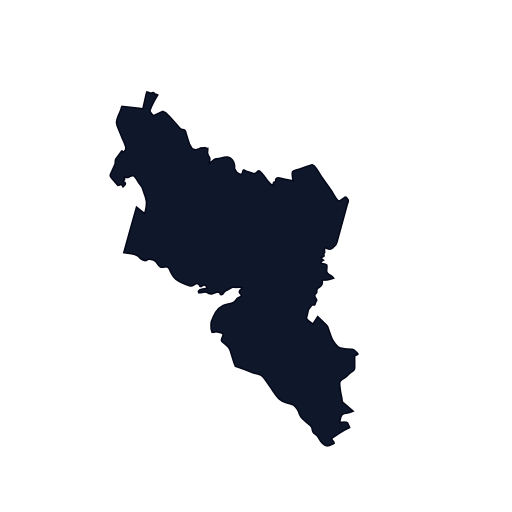 map outline of Nuevo León (orthographic projection), rotated 326°
{"feature_id": "MEX-2714", "entity_name": "Nuevo León", "entity_type": "State", "adm_level": 1, "iso_a3": "MEX", "parent_name": "Mexico", "parent_adm1": "", "projection": "orthographic", "projection_center": [-99.943, 25.492], "detail": "fine", "context": "isolated", "style": "filled", "palette": "ink", "viewbox_px": 512, "rotation_deg": 326, "n_neighbors": 0, "source": "natural_earth", "source_scale": "10m", "svg_char_len": 6120}
<svg xmlns="http://www.w3.org/2000/svg" viewBox="0 0 512 512"><g transform="rotate(326 256 256)"><path d="M257.2,58.9L258.1,59.7L258.8,60.9L259.7,62.0L260.4,62.4L261.8,62.8L262.3,63.1L262.7,63.9L262.8,64.9L263.1,65.8L263.7,66.1L264.6,67.6L260.5,69.5L256.7,71.5L252.9,73.7L249.4,76.1L249.0,77.3L249.0,79.4L249.3,81.4L249.9,82.4L259.5,83.9L261.2,86.6L262.4,92.4L263.8,102.8L264.2,106.3L264.6,108.3L265.2,109.5L266.9,111.0L267.4,112.3L267.1,113.9L265.0,120.5L263.4,126.2L263.1,131.4L265.5,134.5L266.4,134.5L266.9,134.7L268.0,135.1L271.0,135.6L271.8,136.3L273.6,137.2L274.5,137.8L274.9,138.4L275.1,139.0L275.4,139.5L276.2,139.8L275.2,141.3L273.9,142.8L273.0,144.5L272.7,146.4L272.6,148.7L271.8,150.1L270.7,151.3L269.3,152.9L272.4,152.9L275.6,152.6L276.6,152.8L277.7,153.3L279.9,154.5L285.3,156.5L287.8,158.0L289.5,160.3L290.1,162.8L290.1,165.2L289.5,167.6L288.4,169.8L287.4,171.1L287.1,171.8L287.0,173.0L286.9,174.7L287.0,176.1L287.4,177.4L288.2,178.8L289.5,180.4L291.3,179.4L293.0,177.9L294.1,177.8L295.3,180.1L296.0,181.1L296.8,182.0L300.2,186.4L301.3,187.0L302.5,187.1L304.9,186.7L306.0,186.9L306.5,187.7L307.1,190.3L307.5,194.3L307.7,199.7L308.3,204.6L309.8,207.0L310.2,206.5L311.1,205.3L311.6,204.9L312.2,204.8L313.3,205.2L313.9,205.1L314.3,204.8L315.0,203.7L315.5,203.3L317.2,203.1L318.5,203.8L319.7,205.0L322.8,208.4L324.8,210.4L328.8,214.3L330.8,210.1L332.1,207.9L333.3,206.6L334.8,206.5L337.0,207.0L340.9,208.3L345.7,209.5L353.6,211.7L354.7,214.0L355.0,218.5L354.7,226.5L355.1,244.2L354.7,250.8L354.7,254.5L355.3,256.7L356.4,257.1L358.3,257.1L361.6,257.0L362.8,257.0L363.4,257.4L363.7,258.1L363.8,261.2L362.9,262.5L360.3,264.5L331.0,289.7L329.5,290.8L328.0,291.5L326.1,291.8L324.2,292.2L322.2,292.1L320.5,291.4L319.2,289.7L318.0,288.0L317.0,288.2L316.0,289.6L314.9,291.5L313.6,291.9L313.0,293.0L312.4,294.1L310.9,294.1L309.3,293.9L308.9,294.6L309.1,295.8L309.6,297.2L308.4,297.1L307.0,297.2L306.0,297.8L306.2,298.8L308.2,300.8L309.2,302.1L309.6,303.0L309.2,304.0L308.4,305.2L306.7,307.2L305.7,308.9L305.8,310.9L306.5,312.8L307.4,314.7L307.8,316.2L308.0,317.8L306.1,317.3L304.0,316.6L301.9,315.8L300.2,314.9L298.7,313.8L297.8,313.4L297.0,313.9L296.0,315.3L295.3,316.1L294.5,316.6L293.7,316.9L292.7,317.2L290.9,317.4L289.5,317.3L288.3,317.6L287.0,318.7L286.7,319.1L286.5,319.6L286.2,320.0L285.5,320.4L285.0,320.6L283.8,320.7L283.3,321.0L282.4,322.0L282.0,323.0L281.9,325.7L281.6,326.7L281.2,327.0L280.5,327.2L279.7,327.6L278.5,328.7L277.9,329.1L277.2,329.3L276.6,329.1L275.4,328.1L274.8,328.0L271.5,329.1L269.8,329.7L268.5,330.7L267.2,332.0L265.8,333.3L263.0,335.8L263.0,337.5L263.6,339.8L265.2,344.2L273.3,340.7L275.7,352.1L275.9,353.7L275.8,355.2L274.7,359.2L273.0,365.9L272.6,368.9L272.6,373.1L273.2,377.1L274.5,379.4L278.2,383.0L279.6,384.1L282.5,386.3L283.8,387.3L284.7,388.6L285.6,392.5L285.8,393.6L285.7,394.3L284.9,394.5L282.6,394.0L281.7,394.4L275.4,403.8L274.0,405.2L271.8,405.6L269.4,405.6L267.3,405.8L265.1,406.3L262.8,406.6L260.5,406.6L258.3,406.5L257.3,406.6L256.4,406.8L255.7,407.0L255.0,407.4L254.0,408.7L253.0,410.3L250.3,415.6L247.6,422.1L246.6,424.0L246.3,424.9L246.1,425.9L247.1,429.1L248.0,432.4L249.8,439.0L247.6,438.5L245.5,437.9L243.5,437.1L241.5,436.1L238.9,435.6L236.6,436.7L234.5,438.6L232.3,440.7L236.1,442.9L237.9,444.3L238.6,445.8L237.7,450.6L232.5,449.9L227.1,449.6L216.3,449.5L216.5,454.0L216.1,454.9L215.3,455.0L210.6,454.1L208.7,453.2L207.4,451.6L206.5,449.1L206.1,447.2L206.0,445.6L206.2,440.6L206.1,439.1L205.8,437.8L204.9,435.3L204.8,434.0L205.1,432.5L206.2,429.7L206.4,428.2L206.2,427.0L205.9,425.8L205.2,423.5L203.6,417.3L203.2,414.2L203.6,411.2L204.3,408.5L204.5,405.9L204.3,403.2L203.7,400.4L201.3,397.3L198.7,394.2L196.5,390.9L195.1,387.1L194.6,382.6L194.5,378.0L194.6,373.3L194.5,368.7L194.4,363.2L194.2,360.4L193.6,358.0L192.6,356.3L191.2,354.6L188.3,351.4L182.9,343.5L180.1,339.7L177.2,335.9L178.1,331.9L181.7,320.0L182.1,317.7L182.0,315.8L181.6,313.9L181.0,311.5L180.3,309.2L179.9,307.5L180.3,306.3L181.9,304.9L183.5,303.9L184.7,302.9L185.0,301.6L183.9,300.0L181.5,297.4L180.2,296.3L178.7,295.9L176.9,294.7L177.9,291.5L180.2,287.8L182.0,285.6L186.4,282.6L190.9,280.1L195.7,278.6L201.0,278.6L203.0,279.1L205.0,279.8L208.9,281.3L210.9,281.8L212.6,281.8L214.3,281.4L216.3,280.7L217.6,280.6L219.3,280.9L221.0,280.9L222.1,280.4L222.1,279.9L221.8,277.7L221.8,276.9L222.2,276.3L222.8,275.8L223.6,275.4L226.8,274.7L225.8,273.3L221.3,270.5L219.5,269.0L218.7,268.7L214.4,268.3L213.0,268.2L211.6,267.9L210.2,268.0L207.1,269.0L205.8,268.8L205.0,268.1L205.1,267.4L205.4,266.7L205.4,265.9L203.4,264.1L200.5,263.4L197.7,262.6L195.7,260.5L195.1,258.9L193.4,257.2L190.3,255.9L188.0,254.6L188.5,253.0L190.5,252.6L193.1,253.4L195.7,254.6L197.8,255.3L197.8,253.1L197.5,252.1L197.0,251.2L196.0,250.8L193.6,250.7L192.7,250.2L192.6,249.5L192.7,248.5L192.8,247.6L192.4,246.7L191.8,246.1L191.2,245.7L190.5,245.4L189.7,245.3L187.7,245.3L186.2,245.0L184.8,244.2L183.4,242.5L181.4,239.7L179.5,236.7L177.8,233.6L176.5,230.4L176.0,227.3L176.0,224.1L176.4,220.8L176.9,217.8L176.5,215.5L174.6,214.3L172.3,213.2L170.6,211.8L170.0,209.4L169.9,207.1L169.8,204.7L168.9,202.4L168.0,201.2L166.8,199.9L165.5,198.8L164.2,198.4L162.7,198.4L161.8,198.1L161.0,197.4L159.9,195.9L159.1,194.5L158.7,193.2L158.2,190.2L156.4,187.1L153.8,184.3L148.2,179.3L165.3,164.7L184.3,148.6L187.4,158.5L190.2,156.1L192.7,153.5L195.4,150.0L197.1,145.8L199.5,136.9L199.9,135.3L199.9,133.5L199.7,130.0L199.9,125.3L199.8,122.7L199.3,120.9L197.8,120.0L193.6,119.3L192.2,118.3L191.2,116.8L190.7,116.9L190.4,117.9L189.9,119.1L189.4,119.4L188.1,119.4L187.6,119.8L187.6,120.4L188.0,120.9L188.3,121.3L188.5,121.7L188.2,123.1L187.3,123.7L186.1,124.0L184.4,124.3L184.6,122.0L183.6,121.1L182.1,120.8L180.9,120.2L179.7,109.8L179.9,108.1L180.8,107.0L190.3,101.1L191.3,100.1L193.1,97.8L194.2,97.1L203.1,93.9L203.7,93.9L203.9,94.5L204.1,95.2L204.5,95.7L205.1,95.7L207.5,94.9L209.0,92.7L210.1,88.4L210.9,83.7L212.3,77.0L213.0,73.5L213.8,70.0L215.0,67.2L217.1,65.0L219.9,62.9L222.9,61.0L225.5,59.3L228.0,57.2L228.6,57.0L242.5,68.8L243.7,70.1L244.3,70.5L245.0,70.2L255.2,60.6L257.2,58.9Z" fill="#0f172a" stroke="#020617" stroke-width="1.5"/></g></svg>